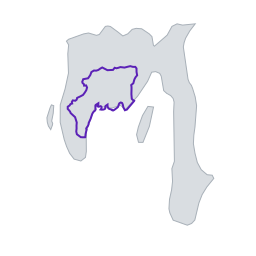 location of L'Artibonite within Haiti, rotated 263°
{"feature_id": "HTI-1384", "entity_name": "L'Artibonite", "entity_type": "Department", "adm_level": 1, "iso_a3": "HTI", "parent_name": "Haiti", "parent_adm1": "", "projection": "orthographic", "projection_center": [-72.647, 19.338], "detail": "fine", "context": "in_parent", "style": "outline", "palette": "violet", "viewbox_px": 256, "rotation_deg": 263, "n_neighbors": 0, "source": "natural_earth", "source_scale": "10m", "svg_char_len": 3052}
<svg xmlns="http://www.w3.org/2000/svg" viewBox="0 0 256 256"><g transform="rotate(263 128 128)"><path d="M221.7,77.5L223.3,79.8L226.8,95.4L227.1,100.4L223.8,108.0L224.3,110.9L231.6,117.9L231.7,120.4L230.9,122.9L224.7,129.5L220.0,134.1L221.5,139.3L225.4,144.2L225.9,148.3L224.8,153.7L218.9,160.5L215.8,162.9L207.0,163.3L206.0,164.2L210.4,170.8L215.4,178.2L223.5,184.0L225.4,189.4L223.5,194.6L223.2,207.4L216.9,201.2L210.1,196.1L205.9,194.1L201.7,192.8L169.1,193.5L165.5,194.4L162.6,196.1L159.6,196.9L150.6,198.5L141.7,198.8L120.9,194.6L112.6,192.4L104.4,191.0L94.8,191.4L85.3,192.6L77.7,195.6L72.0,200.8L70.9,205.8L67.5,207.0L59.9,199.1L52.9,193.5L44.9,189.2L28.5,183.1L25.5,179.5L24.3,175.0L31.0,161.6L38.6,159.2L42.8,158.8L52.1,160.5L61.2,163.7L69.5,165.7L82.3,166.6L89.3,170.0L138.7,175.3L148.1,176.9L151.8,176.4L155.0,174.3L157.6,170.7L160.7,168.0L175.4,167.3L178.4,166.1L180.6,162.3L180.5,158.3L171.9,153.1L158.4,141.4L146.6,127.7L151.7,123.1L149.7,114.6L151.7,106.8L154.5,99.1L142.8,92.5L129.0,86.0L109.9,83.8L104.0,82.2L101.0,77.2L103.7,70.7L110.0,67.0L117.1,64.8L124.3,63.3L141.9,61.4L159.3,63.6L174.4,70.3L189.7,75.6L209.0,77.3L217.7,79.2L221.7,77.5ZM147.0,150.4L145.7,155.9L127.0,149.4L111.9,141.1L112.5,136.7L120.3,135.7L127.7,138.4L138.6,143.9L147.0,150.4ZM157.3,53.0L160.3,54.8L159.2,57.0L151.8,55.6L144.2,53.1L141.8,53.8L140.2,53.4L135.8,51.1L139.7,49.2L143.7,48.6L148.1,48.8L157.3,53.0Z" fill="#d9dde1" stroke="#a8b0b8" stroke-width="1"/><path d="M154.3,137.5L154.1,137.4L146.4,129.1L146.0,127.1L149.1,125.9L151.9,125.7L153.5,125.2L154.2,124.0L153.7,122.6L152.7,121.8L151.3,121.3L150.1,120.6L149.4,119.6L147.6,116.5L147.2,115.3L147.7,114.9L147.6,114.6L147.7,114.2L148.4,113.6L149.2,111.8L149.7,111.1L150.5,110.7L151.6,110.4L152.8,110.4L153.7,110.5L152.6,108.4L151.9,108.0L150.4,107.9L149.6,107.2L149.3,105.7L149.4,104.1L149.7,103.1L150.2,103.6L150.8,104.0L151.5,104.3L152.2,104.2L153.0,103.6L153.0,103.0L152.8,102.4L152.7,100.6L152.5,100.2L152.6,100.3L153.7,100.5L154.1,100.7L154.6,101.2L155.3,101.5L156.2,101.6L154.8,98.7L154.0,98.3L150.3,98.1L149.3,97.4L148.7,96.4L147.7,95.2L146.3,94.2L141.7,92.0L137.8,89.6L136.5,89.3L135.3,88.7L132.7,86.5L132.2,86.4L131.5,86.7L127.0,85.1L126.2,85.0L124.8,84.6L124.1,84.5L124.0,84.3L124.6,80.1L128.0,76.5L130.8,76.2L133.8,76.9L136.8,77.2L139.7,77.8L145.2,76.8L149.8,72.9L151.3,72.5L152.5,71.8L154.3,70.5L156.5,70.8L157.4,72.7L158.8,73.9L159.1,75.6L160.6,75.4L162.1,76.5L161.5,79.1L162.4,80.5L164.1,81.2L165.1,84.3L166.3,87.4L168.4,89.4L170.6,91.2L173.2,92.3L175.4,91.6L175.4,89.6L176.8,89.6L178.2,88.4L179.4,88.2L180.5,88.8L181.9,89.5L182.2,94.4L185.1,97.0L188.0,98.5L189.2,101.2L188.8,103.4L189.2,105.6L190.4,107.8L191.2,109.8L187.9,114.6L187.5,120.2L189.4,122.1L188.7,123.8L188.9,125.6L189.4,127.9L188.4,131.9L188.9,135.7L189.1,137.8L188.1,140.3L187.8,142.7L186.1,143.7L182.6,143.3L179.2,143.5L177.5,141.7L175.5,140.3L173.6,139.5L171.7,138.7L171.0,137.5L170.2,136.4L168.4,136.5L166.7,136.3L161.2,135.5L156.5,135.3L155.3,136.2L154.3,137.5Z" fill="none" stroke="#5b21b6" stroke-width="2"/></g></svg>